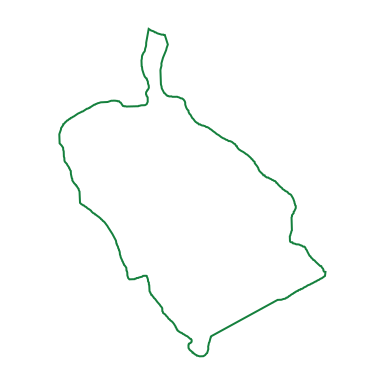 outline of Flores, Heredia, Costa Rica, rotated 268°
{"feature_id": "36466004B75019906256139", "entity_name": "Flores", "entity_type": "district", "adm_level": 2, "iso_a3": "CRI", "parent_name": "Costa Rica", "parent_adm1": "Heredia", "projection": "albers", "projection_center": [-84.155, 10.006], "detail": "fine", "context": "isolated", "style": "outline", "palette": "green", "viewbox_px": 384, "rotation_deg": 268, "n_neighbors": 0, "source": "geoboundaries", "source_scale": "gbopen_adm2", "svg_char_len": 5964}
<svg xmlns="http://www.w3.org/2000/svg" viewBox="0 0 384 384"><g transform="rotate(268 192 192)"><path d="M356.5,154.4L342.7,151.4L340.5,151.3L339.0,151.0L336.9,150.2L334.7,149.8L334.1,149.5L332.6,148.2L331.9,148.0L331.0,147.3L330.3,147.2L329.7,146.8L326.8,146.5L325.4,146.1L319.3,146.1L318.9,146.4L316.0,146.6L311.0,148.0L310.4,148.3L309.1,148.7L307.5,149.9L307.2,150.5L306.5,150.6L306.2,151.0L305.4,151.0L304.1,151.7L301.9,151.8L299.8,152.5L297.6,152.5L295.7,151.5L295.4,150.9L294.1,150.3L293.8,149.9L292.6,149.5L291.1,149.5L290.5,149.9L289.8,149.9L289.2,150.4L288.6,150.6L288.2,151.0L283.7,150.9L281.3,149.7L280.4,148.0L280.4,144.2L280.0,142.8L280.0,142.0L279.6,141.4L279.7,129.3L280.0,128.7L280.0,127.2L280.4,126.8L280.4,126.0L280.8,125.7L283.8,123.9L284.3,122.9L285.3,122.2L285.3,120.8L285.7,120.3L285.7,119.6L286.0,118.1L286.0,114.4L284.9,110.8L284.8,104.0L284.2,101.9L283.9,100.5L283.5,99.9L283.1,98.5L282.6,98.0L282.6,97.2L282.2,96.6L280.4,93.6L280.2,93.0L279.6,92.6L279.6,91.9L278.9,90.7L278.9,89.9L276.2,85.5L276.2,84.8L275.5,83.5L274.3,80.7L271.5,76.3L271.3,75.6L270.6,74.6L270.2,73.3L269.6,73.0L269.1,71.7L268.0,70.5L267.9,69.8L266.5,68.4L266.2,67.8L265.6,67.4L264.5,66.3L264.2,65.6L263.4,65.6L260.4,63.4L259.0,63.2L254.9,61.6L254.2,61.4L245.2,61.4L243.0,63.3L240.8,64.7L238.5,64.8L237.2,65.2L231.9,65.2L230.5,65.6L228.2,65.6L226.8,65.9L224.3,68.0L223.6,68.2L220.6,70.1L219.9,70.1L219.3,70.6L217.9,71.1L217.3,71.6L214.3,71.6L209.9,72.4L209.3,72.8L207.7,72.8L204.8,74.6L203.9,75.5L203.3,75.8L203.0,76.4L202.3,76.5L201.9,77.1L200.6,77.7L199.1,78.8L198.3,78.8L196.4,79.6L185.1,79.7L183.6,81.1L183.0,82.3L182.5,82.7L182.4,83.4L181.3,84.5L180.6,85.8L179.4,86.9L178.2,88.8L176.8,90.5L176.1,90.8L174.3,92.6L173.7,94.0L173.0,94.3L172.7,95.0L170.8,97.3L170.5,97.9L170.0,98.3L168.7,99.8L168.1,100.1L167.4,101.1L166.2,101.9L165.9,102.5L164.8,103.6L160.6,106.5L159.9,106.8L152.8,111.0L146.0,114.3L143.0,114.7L142.6,115.1L141.9,115.1L139.9,116.1L138.5,116.3L137.1,117.0L136.3,117.0L135.7,117.4L134.3,117.7L132.0,117.8L130.6,118.3L129.2,118.5L125.9,119.9L125.2,120.0L124.8,120.4L122.7,121.1L122.3,121.5L121.6,121.5L120.8,122.3L118.6,123.7L115.6,123.8L115.2,124.2L113.8,124.5L110.8,124.5L108.1,125.3L106.9,126.4L106.9,131.7L107.3,132.0L107.6,133.4L108.0,133.8L108.0,135.3L108.4,135.9L109.1,139.2L109.9,140.2L109.9,143.2L109.7,143.8L109.0,143.9L107.7,144.5L107.0,144.6L106.4,144.9L104.1,145.0L103.1,145.7L100.9,145.7L100.5,146.0L94.4,146.1L93.8,146.3L93.2,146.8L92.5,146.9L91.2,147.6L90.6,147.7L90.3,148.5L89.1,149.1L88.1,150.0L87.5,150.2L86.4,151.4L83.2,153.6L80.3,156.0L79.6,156.3L78.0,157.6L76.9,158.2L73.9,158.2L73.5,158.6L72.1,158.9L70.4,161.1L69.1,161.9L68.1,163.0L66.1,164.2L65.3,165.4L64.6,165.7L63.3,167.4L62.3,168.3L60.0,169.9L59.3,170.1L58.1,171.0L57.3,171.0L56.8,171.5L55.5,171.9L55.1,172.5L54.3,172.5L53.6,173.3L53.3,173.9L52.8,174.3L51.7,176.1L51.6,176.8L50.5,177.9L49.9,179.2L48.9,180.4L47.9,182.4L45.3,185.1L45.2,185.8L44.0,186.5L42.5,186.4L41.9,186.1L41.6,185.5L41.1,185.2L40.7,183.9L40.3,183.5L39.6,183.5L39.2,183.1L36.2,183.1L34.3,184.2L33.3,185.3L32.9,185.9L32.3,186.3L32.0,186.9L31.3,187.0L31.2,187.7L30.6,188.0L30.3,188.7L29.4,189.6L28.8,190.9L28.3,191.1L28.2,191.9L27.5,193.9L27.5,197.6L28.5,199.4L30.2,200.9L30.5,201.5L34.3,202.8L37.3,202.8L38.0,203.1L40.8,203.7L41.4,204.2L45.5,205.4L46.1,205.8L46.8,205.8L47.2,206.2L81.2,273.8L81.2,277.6L81.9,279.7L82.1,281.2L82.3,281.8L83.1,282.6L83.1,283.3L83.7,284.4L84.6,285.3L84.7,285.9L86.2,287.9L86.7,289.2L87.6,290.2L87.7,290.9L88.2,291.3L88.4,292.0L88.9,292.5L89.4,293.8L89.5,294.5L90.1,294.8L90.6,296.1L90.6,296.9L91.2,297.3L91.4,298.6L92.0,299.8L92.5,300.2L93.7,303.0L94.6,304.2L95.5,306.9L96.3,308.1L96.4,308.8L98.1,312.0L98.2,312.7L98.6,313.1L98.8,313.7L99.3,314.3L99.7,315.7L100.8,317.3L101.2,318.6L103.5,322.0L107.5,322.6L107.8,321.2L108.8,320.6L109.9,320.6L111.0,320.1L111.6,319.5L112.5,318.9L113.4,318.6L113.6,317.5L117.8,313.3L119.5,311.9L119.9,310.8L120.8,310.3L122.5,308.6L123.5,308.2L124.1,307.3L128.0,305.4L130.0,304.6L130.9,303.8L131.9,303.5L132.9,303.0L133.5,302.3L133.5,301.2L134.7,299.7L134.9,298.6L135.6,297.6L135.9,296.5L136.1,294.2L136.7,293.2L137.2,291.1L138.2,290.6L138.2,289.5L138.8,288.5L139.7,288.2L144.4,288.2L145.0,288.7L146.1,288.9L148.1,289.7L149.2,289.9L150.1,290.5L163.1,290.6L164.1,291.1L165.3,291.1L167.4,292.9L168.6,292.9L169.3,293.6L172.2,295.1L173.3,295.2L174.5,295.2L175.1,294.7L176.3,294.5L177.3,294.1L178.5,294.0L181.9,292.9L185.5,291.0L186.1,290.4L187.2,288.4L188.1,287.9L188.9,287.1L189.8,285.2L190.6,284.5L191.8,282.6L192.8,282.1L194.1,280.5L196.7,278.1L197.7,277.6L198.2,276.6L199.2,276.2L200.0,275.4L200.3,274.3L200.9,273.7L201.2,272.6L202.0,271.7L203.0,269.6L203.8,268.7L203.8,267.5L205.1,265.6L206.2,265.1L206.2,263.9L207.2,263.4L210.4,260.3L212.4,259.3L213.5,259.1L215.5,258.0L218.6,255.7L219.8,255.7L221.5,253.9L222.5,253.5L223.0,252.6L224.0,252.0L227.4,248.5L227.9,247.5L229.2,246.0L230.3,244.5L231.3,242.7L233.0,240.3L235.1,238.7L236.2,238.5L236.6,237.6L238.3,236.8L238.7,235.9L240.7,233.6L241.6,231.6L241.6,230.4L242.8,228.9L243.0,227.9L244.2,226.2L244.6,225.1L245.8,223.2L247.9,220.7L249.1,218.7L250.7,217.0L252.1,215.1L253.7,213.4L254.2,212.4L255.0,211.6L256.3,209.7L256.4,208.5L257.2,207.6L258.0,205.6L258.1,204.5L258.6,203.4L259.3,202.5L259.3,201.3L260.3,200.7L260.5,199.8L261.3,199.1L261.8,198.2L262.7,197.4L265.2,195.7L265.8,194.9L269.4,193.1L270.2,192.2L272.3,191.3L273.5,191.3L274.7,190.1L276.5,189.2L279.5,188.3L281.8,188.3L283.0,187.9L284.7,186.8L285.9,185.3L286.0,184.1L287.1,182.2L287.3,181.3L287.7,180.5L287.8,175.8L288.3,174.8L288.3,172.5L288.8,171.8L288.9,170.7L289.7,170.1L290.3,169.2L291.3,168.7L291.8,167.7L296.0,165.7L297.1,165.3L298.3,165.3L300.6,164.7L314.7,164.7L315.9,164.9L319.3,165.9L321.6,165.9L327.2,167.7L334.7,171.1L336.9,171.7L340.2,173.0L349.9,170.3L349.9,169.2L350.3,168.8L350.3,167.3L351.8,162.8L352.9,161.2L352.9,160.4L353.9,159.3L354.8,156.8L356.5,154.4Z" fill="none" stroke="#15803d" stroke-width="2"/></g></svg>